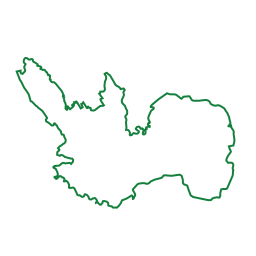 Nghi Loc, Nghệ An, Vietnam, rotated 174°
{"feature_id": "81297802B50427055609681", "entity_name": "Nghi Loc", "entity_type": "district", "adm_level": 2, "iso_a3": "VNM", "parent_name": "Vietnam", "parent_adm1": "Nghệ An", "projection": "mercator", "projection_center": [105.64, 18.794], "detail": "fine", "context": "isolated", "style": "outline", "palette": "green", "viewbox_px": 256, "rotation_deg": 174, "n_neighbors": 0, "source": "geoboundaries", "source_scale": "gbopen_adm2", "svg_char_len": 5878}
<svg xmlns="http://www.w3.org/2000/svg" viewBox="0 0 256 256"><g transform="rotate(174 128 128)"><path d="M204.8,97.9L205.0,97.4L205.6,97.4L206.2,97.2L206.3,96.6L206.1,96.2L204.1,94.8L203.9,94.3L202.9,91.5L202.6,89.8L202.7,88.9L202.8,88.3L203.3,87.6L205.4,87.0L206.1,87.1L206.2,86.5L205.8,86.3L205.2,85.3L204.7,84.9L204.1,85.0L201.0,87.3L199.6,86.9L199.1,86.5L198.8,85.8L197.5,85.4L196.6,84.3L196.6,83.8L196.9,82.4L197.3,82.0L197.3,81.7L196.3,81.5L195.5,82.0L195.0,82.0L194.6,81.7L193.4,80.2L192.5,77.7L192.9,75.1L192.7,74.6L191.7,74.4L189.2,74.5L188.5,74.4L188.1,74.0L187.5,73.2L186.0,69.1L185.3,66.7L184.4,66.2L183.1,66.2L181.4,64.6L180.8,64.3L180.2,64.2L179.1,64.6L178.0,66.5L177.7,66.6L177.2,66.4L176.1,65.9L175.3,65.1L174.3,63.3L174.3,62.1L173.8,61.4L173.2,60.9L171.9,60.8L171.4,60.9L170.8,61.5L170.5,61.6L169.4,61.6L168.8,61.9L168.1,61.7L167.1,60.5L166.4,58.7L166.6,57.8L167.7,57.3L167.7,56.9L166.5,57.3L165.8,57.2L165.0,55.8L164.0,54.8L163.4,54.6L162.6,54.7L162.2,55.4L161.3,56.0L160.7,57.7L160.4,57.9L159.1,57.8L156.9,57.0L155.6,55.6L155.7,53.0L153.6,52.0L152.3,51.8L151.3,50.5L149.9,50.2L148.2,50.3L147.4,49.9L145.0,51.8L143.0,54.0L141.6,56.6L136.7,58.0L131.5,60.5L131.2,60.5L130.8,60.0L130.6,59.2L130.5,57.0L129.9,57.1L128.3,59.8L127.9,60.5L127.8,61.5L129.6,65.6L129.6,66.2L128.8,67.1L124.5,71.0L123.7,71.4L122.1,71.6L118.9,71.6L117.6,71.5L115.8,70.7L114.5,70.5L112.9,70.9L111.3,72.3L107.2,73.8L100.0,74.9L99.1,75.5L97.5,77.1L95.6,77.0L89.7,75.9L81.8,76.2L80.2,75.4L79.6,74.6L78.9,71.1L79.1,67.6L78.7,66.7L78.1,66.1L75.1,64.5L74.2,60.1L72.7,54.5L70.5,52.6L56.8,48.2L55.1,47.8L53.3,47.6L52.8,47.8L51.5,49.0L50.1,49.5L47.0,49.8L44.4,49.2L43.5,50.5L42.8,54.5L41.6,57.3L39.7,57.4L36.8,57.1L36.2,57.2L35.4,58.1L29.0,69.5L28.5,71.3L28.1,74.2L27.7,74.8L27.7,75.4L28.1,76.4L28.1,77.2L27.2,79.5L27.2,81.0L27.6,81.8L28.3,82.5L30.2,82.9L32.1,82.9L33.5,85.1L33.6,85.6L33.2,86.9L32.4,88.4L31.3,90.0L28.3,93.4L28.1,94.1L28.9,96.1L29.6,99.2L25.0,99.6L23.5,104.0L23.4,106.5L23.6,111.1L23.2,113.1L23.6,114.8L24.7,116.7L25.3,118.6L25.3,119.4L26.3,118.8L27.1,119.3L27.7,119.2L27.9,119.4L25.8,121.7L25.6,122.6L26.2,126.2L26.3,128.2L27.7,132.6L29.4,135.6L30.0,137.2L32.2,139.1L34.5,140.7L36.2,141.3L38.1,141.0L39.5,141.2L41.4,142.0L43.1,143.2L44.3,145.9L45.8,147.1L46.9,147.6L47.6,147.8L54.4,147.7L58.7,148.1L60.7,148.5L61.5,149.1L63.5,153.0L64.0,153.2L69.6,153.3L71.6,151.5L72.0,151.6L76.4,155.8L77.7,156.5L83.0,157.2L85.6,158.4L94.6,153.4L101.6,148.7L103.1,147.2L103.1,146.4L100.5,145.8L100.3,145.6L100.5,144.5L100.9,144.0L102.6,143.2L103.4,142.5L106.0,137.9L106.7,136.2L106.8,134.7L106.6,133.6L105.7,131.9L105.7,131.2L106.1,130.8L106.6,131.0L107.2,130.8L107.8,129.7L107.6,128.7L106.3,127.9L106.2,127.4L106.4,126.8L107.5,127.3L108.5,127.2L110.0,126.5L110.1,126.1L109.4,125.1L109.8,124.7L110.4,124.9L111.3,124.4L110.9,122.0L111.3,120.7L112.3,120.0L113.5,120.0L113.9,120.8L112.9,123.8L113.0,125.1L114.0,126.2L114.6,125.8L115.2,125.8L115.5,126.0L116.4,127.9L117.6,128.3L118.8,128.1L119.4,127.6L120.2,126.7L120.1,125.8L117.6,123.6L117.7,122.7L118.5,121.8L119.6,121.4L121.1,121.6L122.6,122.3L123.3,122.2L123.9,121.8L125.0,120.6L126.6,120.5L127.0,121.1L126.6,122.4L126.6,123.0L127.2,125.0L128.1,126.0L129.4,126.4L130.1,126.3L129.5,128.6L129.4,133.8L128.7,136.3L128.7,136.9L129.6,139.3L129.1,140.4L127.5,141.9L127.1,144.0L127.1,144.9L127.3,145.9L128.3,148.5L128.6,150.2L131.0,153.3L131.4,154.6L131.2,156.6L128.8,160.6L128.6,161.9L128.8,164.0L128.5,164.7L127.3,166.1L128.0,167.5L128.5,167.8L131.2,167.4L131.7,168.5L132.3,169.2L133.7,170.5L134.8,171.1L136.1,172.5L137.6,176.2L140.4,182.2L142.5,184.1L143.3,185.1L144.6,184.8L145.6,184.2L144.5,181.8L144.5,180.2L144.5,179.4L146.1,176.5L147.0,172.5L146.9,169.0L147.2,168.1L148.5,166.8L151.7,167.1L152.0,165.8L153.1,165.2L150.2,160.2L152.4,159.5L151.9,157.5L149.6,153.1L150.4,152.7L153.3,152.8L159.3,149.1L161.1,149.0L162.9,149.6L163.2,151.9L164.5,152.1L165.4,153.4L165.8,153.3L166.2,152.3L166.4,152.1L166.8,152.2L169.8,158.2L170.8,157.1L172.0,156.7L170.9,153.4L172.9,152.4L176.1,159.1L176.8,159.8L177.2,159.6L177.5,158.7L178.7,159.3L178.9,159.3L178.9,158.3L179.5,156.2L179.9,156.3L180.4,157.2L181.2,156.6L180.4,154.9L183.6,152.7L185.7,155.9L186.0,155.9L185.9,154.5L186.3,152.9L186.6,152.5L187.0,152.5L187.4,152.8L188.1,154.0L187.5,157.3L187.5,158.1L188.0,160.2L188.6,161.3L188.4,162.8L188.9,164.8L188.3,165.1L188.2,165.3L189.4,166.3L189.2,167.0L188.5,167.3L189.1,168.5L189.3,169.7L190.2,171.9L195.5,180.0L196.9,181.3L198.5,181.4L199.9,182.6L199.9,184.1L200.7,184.4L200.1,188.2L201.0,189.0L201.3,188.8L201.9,188.9L202.8,191.8L203.7,192.5L204.6,194.3L205.4,194.7L206.9,194.7L207.4,195.3L208.9,195.8L208.9,196.2L207.9,197.2L208.1,197.9L209.0,198.5L211.6,199.3L211.7,199.6L211.2,200.2L211.2,200.7L212.3,201.8L215.3,204.0L215.6,204.5L215.5,205.7L215.6,206.1L216.2,206.6L216.7,206.7L218.6,206.3L219.2,206.4L219.8,206.6L221.0,207.9L222.4,208.4L223.0,208.2L223.9,207.5L224.8,205.3L224.7,204.0L223.2,202.2L224.7,200.0L224.8,199.3L224.8,198.4L224.2,196.2L224.6,195.1L227.1,192.9L227.6,193.3L228.5,193.3L229.1,194.3L228.8,196.3L232.8,195.8L230.5,187.3L229.2,184.8L227.1,179.0L223.7,172.9L223.1,171.3L222.0,164.8L220.7,164.2L217.2,159.7L216.2,159.0L215.3,157.7L211.3,153.9L207.5,146.7L207.6,146.1L208.8,145.0L208.8,143.6L208.3,142.8L206.5,141.6L203.5,138.4L202.2,138.4L201.6,138.7L201.3,139.8L201.1,140.1L200.4,140.3L198.4,137.6L197.7,135.4L195.1,131.7L194.9,129.4L194.5,128.4L193.4,128.3L192.7,127.9L192.5,127.5L192.2,125.4L191.4,123.6L191.2,122.6L191.6,120.7L193.1,119.3L194.3,118.9L195.6,117.9L198.0,116.8L199.7,115.3L199.3,114.5L198.7,114.1L198.5,113.5L198.7,113.0L200.7,111.5L200.9,111.0L201.3,108.8L198.7,107.5L197.7,108.1L196.7,108.0L195.4,107.4L193.8,105.8L188.6,103.8L186.6,103.3L185.9,101.8L186.3,100.2L188.4,98.2L189.2,99.1L190.2,99.5L193.7,99.3L196.0,100.1L197.3,99.8L200.3,97.8L204.8,97.9Z" fill="none" stroke="#15803d" stroke-width="2"/></g></svg>